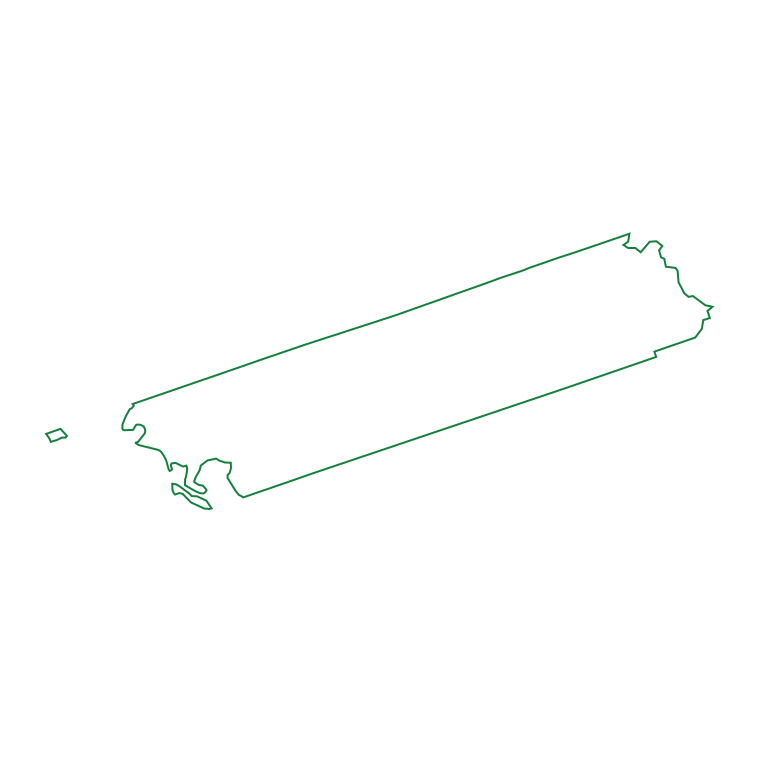 Whatcom, Washington, United States of America, rotated 341°
{"feature_id": "52423323B9068998137459", "entity_name": "Whatcom", "entity_type": "district", "adm_level": 2, "iso_a3": "USA", "parent_name": "United States of America", "parent_adm1": "Washington", "projection": "robinson", "projection_center": [-122.187, 48.822], "detail": "fine", "context": "isolated", "style": "outline", "palette": "green", "viewbox_px": 768, "rotation_deg": 341, "n_neighbors": 0, "source": "geoboundaries", "source_scale": "gbopen_adm2", "svg_char_len": 1899}
<svg xmlns="http://www.w3.org/2000/svg" viewBox="0 0 768 768"><g transform="rotate(341 384 384)"><path d="M693.4,441.4L702.5,435.3L706.7,427.5L713.6,427.7L713.6,420.2L719.7,417.9L713.5,414.2L704.7,401.4L700.4,400.8L697.6,396.3L695.6,383.9L698.5,372.4L697.4,369.1L688.7,364.9L689.8,356.9L687.2,354.4L687.6,347.2L692.1,344.1L688.0,337.7L681.5,336.0L669.6,343.0L665.9,337.2L659.1,334.9L655.7,330.5L661.2,328.9L665.0,321.8L630.0,321.8L607.6,321.7L589.4,321.4L560.8,321.5L555.6,321.6L554.9,321.8L553.4,321.9L529.0,321.6L515.2,321.9L417.2,322.8L321.6,321.1L279.5,321.0L236.9,321.1L236.4,321.1L139.9,321.1L140.4,322.1L140.4,323.0L137.6,324.8L135.4,325.0L129.2,330.6L123.5,337.2L122.1,341.1L122.3,342.3L123.2,343.1L131.7,345.7L136.4,341.9L137.6,342.1L140.5,343.3L143.0,346.0L143.3,349.3L142.7,351.3L141.7,352.8L132.7,358.6L130.3,358.6L130.1,359.2L132.2,361.9L149.5,373.1L151.0,375.1L152.5,380.3L153.2,385.3L152.6,394.5L153.0,396.4L154.8,396.3L155.9,395.4L155.8,393.3L156.1,391.4L156.5,390.6L157.4,390.0L161.1,390.6L166.8,396.3L167.7,396.8L170.4,396.8L170.6,398.0L170.2,400.6L166.4,407.6L164.8,409.5L162.9,414.9L170.4,423.6L174.8,427.6L177.6,428.6L179.0,428.5L181.5,426.9L181.6,426.0L179.7,421.2L176.0,419.1L172.7,415.1L173.0,414.0L175.6,410.8L181.4,405.8L183.8,402.2L184.1,401.5L192.2,398.8L201.0,399.9L203.1,402.6L207.2,405.8L207.8,406.3L213.5,408.6L212.8,410.9L212.1,413.4L209.2,417.8L206.5,419.1L205.5,421.8L208.9,436.9L210.7,441.7L212.4,443.3L213.9,445.4L259.5,445.4L289.2,445.3L290.7,445.3L552.7,447.0L650.2,447.0L650.2,441.4L693.4,441.4ZM149.5,415.4L149.6,418.2L150.4,420.5L155.0,420.5L157.9,422.4L162.9,433.1L173.4,443.2L178.5,445.4L180.5,445.5L178.1,436.6L170.8,429.4L165.7,427.4L164.2,424.1L156.8,413.4L154.8,411.2L151.3,409.4L149.5,415.4ZM48.3,321.2L49.9,326.6L50.1,330.2L56.5,330.5L61.9,329.8L65.5,331.0L67.3,329.8L63.5,321.1L48.3,321.2Z" fill="none" stroke="#15803d" stroke-width="2"/></g></svg>